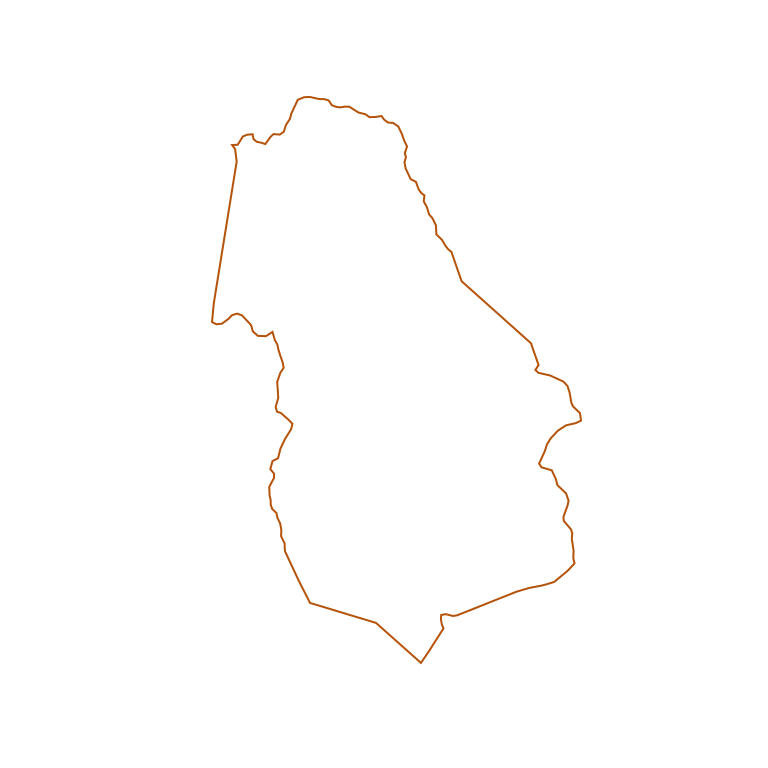 Mirandiba, Pernambuco, Brazil (Natural Earth projection), rotated 213°
{"feature_id": "56859067B27130243825859", "entity_name": "Mirandiba", "entity_type": "district", "adm_level": 2, "iso_a3": "BRA", "parent_name": "Brazil", "parent_adm1": "Pernambuco", "projection": "natural_earth1", "projection_center": [-38.712, -8.157], "detail": "fine", "context": "isolated", "style": "outline", "palette": "amber", "viewbox_px": 768, "rotation_deg": 213, "n_neighbors": 0, "source": "geoboundaries", "source_scale": "gbopen_adm2", "svg_char_len": 2242}
<svg xmlns="http://www.w3.org/2000/svg" viewBox="0 0 768 768"><g transform="rotate(213 384 384)"><path d="M611.1,575.4L608.9,559.7L607.3,555.4L607.3,547.7L605.4,540.9L607.3,536.4L612.8,533.4L613.8,529.3L614.2,520.6L618.4,519.5L622.7,517.8L627.0,518.4L630.2,521.9L634.5,518.6L637.2,514.7L637.0,505.0L641.5,501.7L636.8,499.9L628.7,490.3L570.8,359.2L562.0,342.3L557.1,342.8L552.7,346.4L549.9,354.0L548.9,359.0L545.6,363.0L540.4,364.2L532.2,362.2L527.5,361.0L522.7,356.7L515.9,355.7L509.0,359.9L505.9,367.0L499.5,361.4L494.9,359.0L491.6,355.6L486.3,351.2L481.0,347.1L477.0,343.0L477.0,336.8L474.7,327.5L471.7,323.6L468.6,319.5L465.1,314.7L462.3,305.6L458.5,302.5L454.9,303.5L445.0,302.1L439.2,300.8L437.3,295.8L437.1,284.1L435.7,273.5L432.4,264.0L435.5,258.7L433.0,250.7L427.3,248.9L425.1,245.3L424.2,235.2L421.5,231.4L419.2,228.1L415.9,225.0L413.3,221.1L409.7,218.3L403.9,217.2L400.6,213.8L395.3,210.6L390.7,205.8L387.4,200.3L380.5,196.2L378.3,192.8L375.8,189.7L348.2,172.5L326.8,160.1L260.5,179.3L233.2,175.1L201.1,170.2L200.8,185.0L201.0,211.4L204.7,214.0L208.3,217.9L210.2,221.5L206.7,224.7L199.8,227.0L196.7,229.8L159.9,281.8L151.2,292.0L142.0,300.8L139.0,304.1L133.5,310.6L128.2,327.6L126.5,337.3L130.1,340.7L134.4,347.7L142.2,356.5L144.8,361.3L147.9,363.9L158.7,367.1L161.1,370.2L163.9,382.1L165.6,386.6L171.7,391.4L183.5,393.6L188.0,397.8L196.3,403.0L206.5,399.9L210.6,401.7L212.6,415.6L214.4,421.8L214.6,429.2L212.8,439.4L208.8,448.5L201.9,455.6L198.8,460.6L203.8,466.3L213.0,468.1L216.3,470.0L223.8,478.0L229.1,482.3L234.8,483.7L249.4,481.6L260.5,477.5L264.7,478.2L264.7,484.1L279.2,495.3L282.8,498.2L362.9,510.6L374.8,512.4L384.5,519.9L399.2,531.4L403.7,532.0L407.8,533.4L413.7,536.4L421.6,538.0L426.8,545.3L433.6,549.4L438.5,550.8L444.4,555.7L450.1,558.8L452.8,564.2L456.9,564.5L461.1,566.2L467.3,570.9L473.1,570.3L478.8,573.8L483.3,576.6L487.6,581.1L489.2,586.4L492.2,588.7L494.1,595.8L499.0,598.7L505.7,603.8L512.4,607.8L518.5,607.9L523.2,605.4L527.9,605.8L532.0,607.4L536.6,603.3L541.5,599.9L546.6,600.1L553.1,597.8L558.8,597.7L564.2,597.7L568.1,595.1L571.6,592.0L575.3,590.3L579.6,589.4L584.9,591.7L588.9,590.5L594.0,587.5L598.3,585.9L602.6,584.3L607.3,580.9L611.1,575.4Z" fill="none" stroke="#b45309" stroke-width="2"/></g></svg>